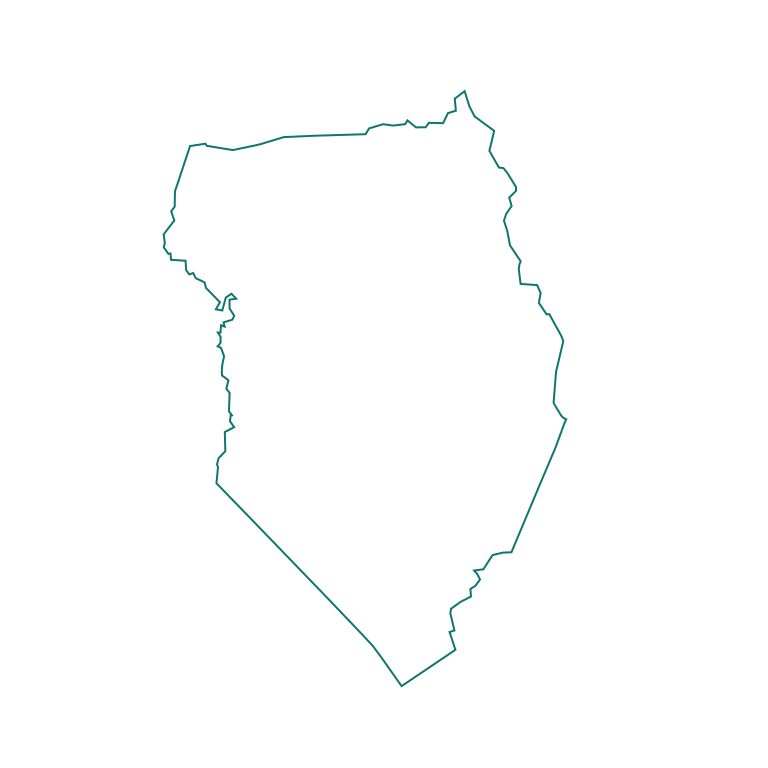 the district of Moca, Puerto Rico, rotated 160°
{"feature_id": "32010507B73716222823884", "entity_name": "Moca", "entity_type": "district", "adm_level": 2, "iso_a3": "PRI", "parent_name": "Puerto Rico", "parent_adm1": "", "projection": "orthographic", "projection_center": [-67.079, 18.384], "detail": "fine", "context": "isolated", "style": "outline", "palette": "teal", "viewbox_px": 768, "rotation_deg": 160, "n_neighbors": 0, "source": "geoboundaries", "source_scale": "gbopen_adm2", "svg_char_len": 1833}
<svg xmlns="http://www.w3.org/2000/svg" viewBox="0 0 768 768"><g transform="rotate(160 384 384)"><path d="M575.4,348.0L556.7,306.3L510.1,201.6L490.6,157.1L484.0,141.4L479.3,125.5L470.8,94.1L407.8,109.8L407.2,128.5L402.1,128.3L400.1,145.8L397.9,149.9L386.5,153.1L375.0,154.5L372.9,161.8L366.9,163.2L360.6,167.5L361.5,174.0L362.9,177.2L363.1,177.9L354.0,175.9L340.5,186.1L330.0,184.9L321.8,182.3L272.9,235.2L244.3,265.9L227.9,285.4L224.8,288.5L227.0,290.8L228.2,293.4L228.3,293.7L230.8,306.1L231.0,308.5L218.7,335.4L218.1,336.7L200.9,362.9L200.8,363.0L201.0,369.0L204.8,393.2L207.4,393.8L210.7,407.3L205.7,415.9L206.3,424.6L221.4,431.3L218.1,445.7L215.8,450.1L213.6,452.6L218.2,471.2L215.8,485.7L215.4,496.5L211.0,502.0L203.2,507.6L202.6,516.3L193.9,520.3L192.6,524.1L195.9,540.0L197.9,546.0L202.0,548.1L205.2,567.1L193.9,584.2L207.3,604.4L208.8,615.6L208.1,631.6L219.9,627.9L223.0,616.2L231.2,616.7L239.3,608.9L252.5,614.1L257.0,611.0L266.2,614.2L271.8,623.7L275.2,620.9L287.0,623.7L295.9,628.4L310.6,629.3L315.8,625.0L363.9,640.9L393.8,650.3L417.9,651.6L424.4,652.4L446.0,655.5L469.0,668.4L469.6,670.9L484.9,673.9L509.1,643.3L514.5,636.6L520.0,622.3L524.9,619.1L525.1,609.4L539.8,600.0L541.8,591.3L544.2,587.8L542.1,580.0L540.0,579.7L541.6,573.5L528.3,567.7L531.0,558.6L529.4,553.5L525.4,553.6L524.7,547.8L517.9,540.9L518.4,535.1L510.2,517.0L516.4,511.7L510.8,508.4L503.1,519.3L496.5,521.0L493.7,514.7L500.3,516.1L503.3,507.8L501.4,499.4L504.5,496.3L513.7,496.8L514.1,492.4L517.0,495.0L520.1,488.2L522.5,489.2L521.4,484.3L523.5,478.6L527.4,476.3L524.8,473.6L524.8,464.7L529.2,457.7L532.1,451.4L533.3,447.4L528.9,440.7L533.8,433.5L532.1,428.4L539.0,411.5L537.7,406.7L538.7,407.0L541.5,401.8L539.6,394.7L550.0,393.3L556.1,375.1L564.9,370.8L568.5,365.4L568.3,362.9L575.4,348.0Z" fill="none" stroke="#0f766e" stroke-width="2"/></g></svg>